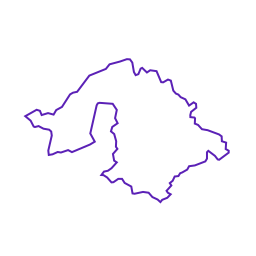 an SVG outline of Warwickshire, rotated 279°
{"feature_id": "GBR-2750", "entity_name": "Warwickshire", "entity_type": "Administrative County", "adm_level": 1, "iso_a3": "GBR", "parent_name": "United Kingdom", "parent_adm1": "", "projection": "mercator", "projection_center": [-1.585, 52.316], "detail": "fine", "context": "isolated", "style": "outline", "palette": "violet", "viewbox_px": 256, "rotation_deg": 279, "n_neighbors": 0, "source": "natural_earth", "source_scale": "10m", "svg_char_len": 1672}
<svg xmlns="http://www.w3.org/2000/svg" viewBox="0 0 256 256"><g transform="rotate(279 128 128)"><path d="M110.1,210.8L107.1,209.6L101.5,199.9L99.8,194.3L96.2,193.0L92.5,188.4L91.5,186.6L88.4,185.3L87.4,181.7L82.9,180.4L80.1,177.9L78.0,179.8L72.0,175.9L70.3,177.5L69.2,180.5L65.2,177.7L62.4,173.0L59.9,171.6L62.0,168.4L63.6,162.9L67.3,158.5L67.2,152.8L64.1,144.8L64.1,142.7L70.7,140.4L73.2,133.3L76.8,130.1L76.2,126.3L72.2,122.1L71.7,120.2L75.9,115.1L77.6,111.2L77.4,109.1L79.0,109.9L81.2,111.1L82.6,114.8L85.7,118.0L92.3,122.3L93.6,119.4L100.0,117.2L105.7,120.8L107.6,119.0L113.1,118.4L119.9,115.3L122.0,111.7L126.6,112.3L131.1,117.0L135.7,113.7L144.1,114.1L149.5,109.1L148.4,95.9L147.6,94.3L145.5,93.5L116.7,91.6L109.3,97.3L105.7,93.0L95.4,76.4L96.8,72.3L93.3,65.6L93.3,62.3L90.2,57.6L89.0,54.0L93.2,52.8L108.6,53.9L112.5,52.7L114.0,50.4L114.1,44.6L115.9,39.4L114.4,35.9L114.7,34.6L120.0,30.7L123.6,24.7L131.7,34.9L131.2,38.3L127.3,40.7L130.2,46.7L129.6,52.4L134.5,54.3L138.5,59.5L152.1,65.5L154.3,68.2L155.8,72.1L173.7,81.6L182.9,96.9L188.0,99.8L192.4,109.7L195.8,116.1L196.1,119.2L193.3,122.0L184.2,125.1L181.4,127.3L182.8,129.8L188.6,131.2L189.6,132.6L185.8,138.0L188.5,140.9L188.6,147.3L178.5,153.6L178.6,155.6L182.1,159.9L181.5,162.9L172.0,166.9L169.5,169.9L168.9,172.5L166.7,175.2L165.3,180.2L159.7,184.8L163.6,188.8L162.5,191.4L158.7,192.3L153.8,187.8L150.5,187.5L148.5,187.9L148.7,192.0L148.0,192.7L142.8,193.3L142.0,196.7L138.4,201.2L138.3,207.0L135.9,218.9L134.4,221.8L129.6,222.8L128.9,227.2L122.5,227.8L121.3,231.0L119.4,231.3L110.9,223.0L111.0,221.5L114.1,218.2L118.0,210.9L116.4,209.8L110.1,210.8Z" fill="none" stroke="#5b21b6" stroke-width="2"/></g></svg>